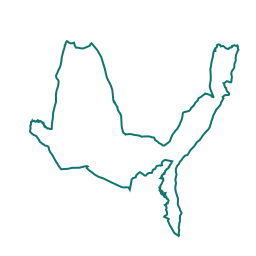 Korogwe, Tanga, United Republic of Tanzania (Albers equal-area conic projection), rotated 9°
{"feature_id": "72390352B3133588656991", "entity_name": "Korogwe", "entity_type": "district", "adm_level": 2, "iso_a3": "TZA", "parent_name": "United Republic of Tanzania", "parent_adm1": "Tanga", "projection": "albers", "projection_center": [38.446, -4.931], "detail": "fine", "context": "isolated", "style": "outline", "palette": "teal", "viewbox_px": 256, "rotation_deg": 9, "n_neighbors": 0, "source": "geoboundaries", "source_scale": "gbopen_adm2", "svg_char_len": 5851}
<svg xmlns="http://www.w3.org/2000/svg" viewBox="0 0 256 256"><g transform="rotate(9 128 128)"><path d="M52.6,56.2L52.7,58.8L52.1,62.3L51.5,69.2L51.6,70.5L51.8,71.0L51.5,78.0L50.1,82.1L49.6,84.7L48.8,87.1L48.8,87.8L49.1,88.9L49.8,90.1L51.8,91.8L52.3,93.5L52.4,97.4L51.6,102.6L51.6,106.2L52.8,113.4L52.2,118.3L51.7,124.8L52.2,130.3L52.2,135.5L52.9,141.7L52.5,141.0L52.0,140.8L51.0,141.3L50.2,141.0L49.4,140.8L48.8,140.9L48.5,141.1L46.9,140.1L46.5,140.1L46.4,139.6L46.1,139.4L45.5,139.6L45.3,138.9L44.8,138.9L44.4,138.2L44.5,137.4L43.7,137.2L43.6,136.5L42.9,136.4L43.1,135.9L42.3,135.8L41.5,135.2L40.9,135.3L40.4,134.8L40.2,134.8L39.7,135.6L38.8,135.9L38.6,135.6L38.1,135.8L38.0,135.6L37.6,135.3L38.0,134.5L37.7,134.4L36.0,136.3L35.0,136.1L35.0,135.9L34.5,135.6L33.3,135.9L32.9,135.7L32.3,136.2L32.2,136.0L32.0,136.7L31.4,137.1L31.3,137.5L31.6,139.8L31.1,141.3L31.6,142.5L31.8,143.4L31.7,146.7L32.1,147.2L33.8,148.5L35.9,149.6L37.9,150.0L38.9,150.5L42.1,153.8L43.2,155.5L44.7,156.2L45.9,157.0L47.5,157.5L48.1,158.0L48.8,158.3L51.3,158.5L52.2,158.8L52.8,159.8L52.8,160.3L53.5,161.8L54.9,164.0L58.0,167.1L60.2,170.1L65.5,176.3L68.4,179.2L75.0,177.7L79.3,176.0L86.0,174.9L91.7,172.5L93.8,172.1L94.2,172.3L93.3,173.0L93.6,174.1L96.9,176.3L98.6,177.0L102.9,179.5L105.2,180.2L106.3,180.8L111.4,181.6L120.8,184.5L131.1,187.4L132.5,187.4L134.2,187.2L135.4,186.8L137.9,186.6L139.4,188.6L139.7,181.8L139.6,179.0L139.8,178.1L140.7,176.7L143.0,175.7L143.4,175.3L143.5,173.5L145.9,170.4L146.5,169.9L147.1,169.9L152.0,172.3L152.6,172.3L153.2,172.1L153.8,171.0L155.3,169.3L158.5,168.6L159.3,165.2L161.1,164.3L161.4,164.0L161.6,162.6L162.4,161.1L164.9,160.0L166.0,160.1L166.4,160.0L167.5,159.3L166.9,158.4L166.8,157.8L166.9,156.7L167.2,156.0L168.6,154.4L169.9,153.7L176.7,154.0L176.3,154.5L176.5,155.8L175.0,158.7L175.0,159.6L174.3,160.1L174.3,160.3L174.6,160.5L174.5,160.8L173.5,162.0L172.6,162.6L172.5,163.3L171.5,164.1L171.6,165.8L171.2,166.2L171.1,166.8L170.8,166.9L171.0,167.6L170.4,167.7L170.3,168.0L169.4,168.5L169.4,168.8L169.2,169.2L169.3,169.5L168.9,169.7L169.1,170.1L169.2,171.3L168.7,171.3L168.7,171.6L168.3,171.9L168.4,172.3L168.1,172.6L169.1,172.7L170.2,172.2L170.6,172.2L170.6,173.0L171.1,174.3L170.5,175.5L170.1,177.6L169.1,179.5L169.0,180.0L169.3,180.9L168.9,181.7L168.3,181.9L168.8,182.7L169.2,182.7L169.5,183.6L168.9,184.2L169.0,184.7L169.8,185.2L170.3,186.0L170.9,184.9L171.2,184.8L171.8,185.1L172.2,185.6L171.6,186.6L170.8,186.6L170.6,187.1L170.7,187.3L171.9,188.3L172.4,188.5L172.7,188.2L171.8,187.9L171.8,187.2L172.2,187.1L173.4,187.2L174.1,186.9L174.6,186.4L175.1,186.3L174.9,187.2L175.3,188.2L174.7,188.1L174.1,188.6L174.3,189.9L175.2,190.6L175.7,190.6L176.7,190.2L177.1,190.8L177.3,191.7L177.5,191.9L178.5,192.0L179.4,193.4L179.1,194.9L179.1,196.0L178.9,196.4L178.7,196.5L178.1,196.2L177.7,196.7L177.5,197.8L176.5,198.3L177.0,198.7L177.9,199.1L178.2,199.6L178.7,201.3L178.4,201.9L178.2,202.7L178.6,203.3L179.0,203.5L180.0,206.1L180.1,206.9L179.7,208.0L177.9,209.3L177.6,210.0L182.5,211.5L181.9,213.5L184.6,217.5L190.2,224.5L194.9,226.7L195.1,225.8L194.6,224.3L194.5,220.4L193.7,218.8L193.5,217.9L193.8,216.8L193.5,213.9L193.9,212.6L193.1,206.5L194.1,204.5L194.1,203.2L192.7,201.6L191.2,198.8L189.6,196.6L189.1,195.3L188.4,190.0L185.1,183.3L184.4,181.2L184.0,179.1L184.0,174.8L182.8,171.5L183.1,168.4L183.2,166.2L182.1,163.8L181.7,160.8L182.5,157.6L183.7,156.1L184.6,153.0L185.8,151.4L187.3,148.3L188.6,146.4L190.4,145.7L191.1,145.2L193.1,140.1L196.3,135.6L198.3,131.2L200.8,128.6L202.8,124.2L204.7,120.9L207.7,116.5L208.5,114.8L209.1,110.8L209.3,108.3L210.0,105.1L210.3,102.2L212.1,97.0L212.1,96.4L215.1,91.8L215.9,89.7L215.9,88.3L216.8,86.2L217.0,85.1L217.7,83.9L216.6,82.6L218.3,80.6L219.9,80.0L221.3,79.9L222.4,79.5L222.5,79.3L222.4,78.1L221.7,77.3L220.8,77.0L220.1,76.3L218.8,74.2L218.8,73.2L217.5,72.6L216.1,69.7L215.4,68.8L216.1,68.6L218.3,66.3L220.1,66.5L221.1,66.9L222.3,66.9L222.7,66.5L222.8,64.7L222.6,63.4L222.8,62.3L222.4,60.6L221.4,57.9L221.8,55.3L222.4,54.4L223.5,51.9L223.1,48.1L223.7,45.6L223.8,43.9L223.4,42.7L223.3,38.6L224.1,35.7L224.2,34.8L224.9,33.5L223.8,31.6L223.7,30.0L223.0,29.3L222.2,30.0L221.0,29.8L220.7,29.9L220.0,29.6L219.3,30.2L218.0,30.6L218.2,31.6L217.9,31.9L217.5,32.3L216.7,32.3L216.0,32.7L215.6,33.3L214.9,33.6L214.8,34.2L214.6,34.3L212.5,34.1L209.3,32.1L208.1,32.4L206.9,32.9L206.4,31.8L205.9,31.4L205.4,31.7L204.6,31.2L204.1,31.2L202.8,32.4L203.3,33.5L203.2,33.8L202.8,34.7L201.8,35.5L201.4,36.5L202.2,37.3L202.3,38.3L202.0,38.3L201.3,38.0L201.0,38.0L200.6,39.2L200.7,44.0L200.2,50.2L200.3,54.9L200.1,57.0L201.7,64.2L201.8,65.7L202.2,67.2L202.1,72.8L202.3,74.5L202.7,75.6L203.7,77.6L207.6,83.9L207.5,84.2L205.9,83.9L204.7,82.8L201.4,82.1L199.5,82.1L198.8,81.9L198.1,82.9L196.5,84.4L195.6,85.6L193.1,87.6L192.7,88.5L192.7,89.6L190.6,92.5L189.4,95.7L188.5,96.4L188.2,97.4L187.4,97.9L186.8,99.8L185.9,101.3L185.2,101.8L181.6,103.3L180.2,104.0L179.8,105.3L180.0,108.5L179.8,110.7L178.1,117.8L176.7,121.2L175.1,123.5L174.7,124.5L173.3,127.0L172.3,130.1L171.4,134.6L169.5,136.8L168.7,137.3L168.3,138.1L166.2,139.8L164.8,139.7L163.2,138.7L160.7,137.9L159.6,137.0L156.6,135.6L155.4,133.4L152.8,133.4L151.8,133.1L149.3,133.1L144.8,133.9L142.6,134.5L141.9,134.1L139.9,133.7L135.5,133.9L133.7,133.7L131.2,133.6L126.9,134.6L126.5,134.9L125.8,134.2L124.3,133.6L123.3,131.9L121.6,127.8L119.3,117.0L118.1,115.0L116.2,113.1L115.4,112.0L115.0,111.3L114.2,108.8L113.7,108.5L112.7,107.2L112.3,107.0L111.3,105.3L110.8,105.3L110.5,105.1L110.4,104.4L109.9,104.3L109.9,103.6L109.2,103.1L106.6,93.0L104.5,88.9L99.3,81.7L95.4,72.2L90.4,62.0L85.4,55.8L78.7,50.0L78.4,50.5L77.6,51.5L77.3,52.8L71.6,56.3L69.2,56.7L66.0,56.5L64.0,56.8L62.5,54.7L61.6,52.7L61.5,52.8L61.2,52.2L59.3,53.2L58.1,53.3L56.9,53.2L55.1,52.3L54.7,51.8L54.0,51.8L53.2,53.4L53.2,55.2L52.9,56.2L52.6,56.2Z" fill="none" stroke="#0f766e" stroke-width="2"/></g></svg>